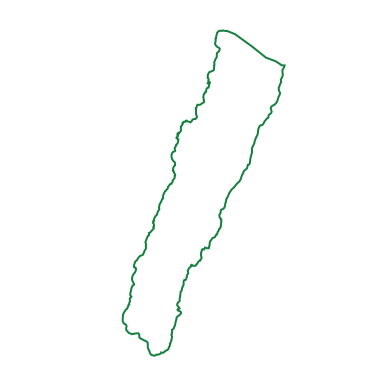 outline of North Maewo, Vanuatu, rotated 215°
{"feature_id": "77236927B797015037992", "entity_name": "North Maewo", "entity_type": "district", "adm_level": 2, "iso_a3": "VUT", "parent_name": "Vanuatu", "parent_adm1": "", "projection": "albers", "projection_center": [168.089, -15.01], "detail": "fine", "context": "isolated", "style": "outline", "palette": "green", "viewbox_px": 384, "rotation_deg": 215, "n_neighbors": 0, "source": "geoboundaries", "source_scale": "gbopen_adm2", "svg_char_len": 6051}
<svg xmlns="http://www.w3.org/2000/svg" viewBox="0 0 384 384"><g transform="rotate(215 192 192)"><path d="M255.8,344.0L256.4,343.4L259.5,341.9L260.2,340.9L261.6,340.2L262.3,339.1L262.6,338.3L262.7,336.8L261.1,332.6L260.4,331.7L260.7,331.1L259.5,329.7L258.2,326.8L257.6,326.2L256.6,325.8L255.1,325.4L252.3,325.5L251.5,325.3L251.1,324.6L250.7,323.6L250.6,322.6L251.2,320.2L250.5,318.7L249.2,317.0L248.9,313.9L248.1,310.8L247.0,309.7L246.6,309.0L246.5,308.1L245.8,307.7L245.4,306.5L244.2,304.7L244.1,304.1L244.4,303.4L245.0,302.6L245.7,301.2L246.4,300.6L246.5,300.2L246.5,298.4L246.0,296.5L244.8,295.0L244.7,294.5L243.7,294.3L242.6,293.4L242.6,292.7L242.1,292.2L240.1,292.0L239.9,291.4L240.4,291.1L241.5,290.8L241.6,290.1L241.3,290.0L240.7,290.3L239.8,290.1L239.0,288.8L238.3,287.1L239.1,286.3L239.3,284.9L238.9,283.8L238.1,282.6L237.9,281.9L238.5,281.2L238.3,280.4L238.5,280.0L238.1,279.2L238.2,278.4L237.0,275.9L235.2,274.4L233.8,272.9L233.7,272.3L234.3,271.3L235.3,268.3L235.8,267.7L237.6,266.6L237.6,266.3L237.4,265.3L236.8,263.9L237.0,263.1L236.9,262.6L235.8,261.6L233.3,258.0L231.1,256.6L230.9,256.3L230.9,254.4L231.1,253.7L232.5,252.6L233.1,251.5L232.9,249.5L233.3,248.1L234.2,248.0L236.2,247.3L237.7,247.2L237.9,246.8L237.7,245.7L238.8,245.1L239.1,244.5L239.2,243.8L238.8,242.9L239.2,242.6L238.5,241.5L238.4,240.9L238.7,239.5L237.7,237.7L236.7,236.8L236.2,235.7L236.1,234.4L236.5,233.3L236.3,232.9L236.8,232.8L236.8,232.4L237.1,232.2L236.7,231.8L236.6,231.3L236.6,231.0L237.0,230.8L236.7,230.4L236.1,230.7L235.8,230.5L235.6,229.9L235.9,229.6L235.6,228.6L236.0,228.0L236.0,227.6L235.7,227.4L234.9,227.3L234.5,227.6L233.9,227.0L233.2,227.1L232.2,225.2L232.1,224.6L231.6,223.4L232.1,221.7L231.5,220.3L231.5,218.4L230.5,217.0L229.6,216.4L229.4,215.8L229.7,215.0L230.6,214.0L230.6,212.5L230.2,210.9L228.7,208.8L227.4,207.6L226.0,207.1L225.5,206.7L223.7,206.6L222.9,206.3L221.9,205.3L221.2,204.0L221.5,203.0L221.1,200.8L220.7,200.1L220.6,199.5L219.9,199.0L219.8,198.4L218.8,198.5L218.0,197.5L217.3,197.4L215.7,196.5L215.2,195.7L215.5,195.3L214.4,193.7L214.2,193.1L214.4,190.3L213.7,189.3L213.8,188.0L213.6,186.8L214.3,186.3L214.5,185.2L214.4,184.4L214.6,182.4L214.1,181.4L213.9,180.1L214.3,179.2L214.1,178.5L214.5,176.7L214.1,174.3L213.7,172.8L212.9,171.0L212.2,170.4L212.0,170.0L212.4,169.0L211.6,165.8L211.5,163.5L210.1,160.2L208.9,159.2L208.7,156.4L207.7,152.9L208.1,151.5L207.8,148.6L206.4,146.2L206.4,145.8L206.9,145.7L206.1,144.2L205.1,144.0L203.5,142.4L203.8,141.6L203.5,141.0L202.5,140.6L202.3,140.1L202.6,139.2L203.0,134.9L203.8,133.7L202.6,132.3L202.5,131.5L202.9,130.7L202.6,128.7L201.5,124.5L201.0,123.8L199.5,122.8L198.6,120.8L197.6,119.9L197.2,118.9L197.2,116.4L196.6,115.1L196.6,114.2L196.2,112.4L197.9,109.7L198.2,107.5L198.0,104.2L198.4,103.4L198.5,102.1L197.4,98.4L196.1,97.1L195.9,97.1L195.5,97.6L194.4,97.5L193.3,96.3L192.7,94.0L192.6,92.6L192.8,91.6L192.7,90.6L192.5,88.8L192.2,88.2L191.3,86.5L190.6,85.6L188.4,84.2L187.2,83.7L186.6,83.3L186.3,82.5L187.0,81.1L186.5,78.7L184.1,73.0L183.0,71.8L181.8,71.7L181.5,71.3L181.5,70.6L181.9,69.6L181.8,68.9L180.2,67.1L179.7,64.9L178.8,63.8L179.3,63.0L178.5,61.4L178.7,60.7L178.2,59.1L178.8,57.6L178.5,53.5L177.9,51.5L175.1,46.9L173.0,45.4L172.4,45.2L170.6,45.5L169.2,45.1L168.7,44.6L167.7,42.5L166.6,41.2L163.3,40.4L162.6,40.4L159.5,41.2L156.7,44.2L155.0,45.4L153.6,45.1L151.8,42.8L150.7,42.4L143.2,43.5L142.4,43.4L142.0,43.2L140.9,41.9L139.4,39.8L138.6,39.0L136.9,37.8L135.1,36.9L134.5,36.3L132.4,35.2L129.2,36.1L128.3,37.1L127.8,38.5L126.6,39.1L125.3,41.1L125.0,41.8L125.0,42.4L125.2,42.9L124.2,43.2L123.6,43.5L123.3,44.2L122.4,47.2L121.6,48.2L121.3,50.0L121.9,51.9L122.0,53.5L122.3,54.2L123.0,54.9L122.9,55.6L123.4,56.7L123.6,58.6L124.2,59.2L124.8,61.1L125.5,62.3L126.5,62.8L127.2,63.6L127.1,64.3L127.4,65.1L128.6,66.4L129.3,67.7L128.7,69.3L129.5,73.2L131.0,76.4L131.7,78.7L132.4,79.5L132.6,81.2L131.6,84.1L131.4,86.1L131.6,86.8L132.0,87.2L133.5,87.4L135.9,86.9L136.3,87.3L136.3,88.0L135.6,89.1L135.5,89.6L139.1,90.7L139.8,91.6L140.1,93.1L139.6,95.4L139.8,96.0L140.8,97.3L142.4,100.7L143.4,102.4L144.1,103.9L143.9,105.2L145.1,107.9L145.6,110.9L146.5,112.4L147.3,113.5L147.9,115.0L147.7,115.6L146.8,116.3L146.8,116.7L147.5,119.6L148.1,120.2L148.4,121.4L148.5,123.2L148.8,123.7L150.2,124.9L150.4,125.4L150.7,128.9L150.2,130.0L150.1,130.7L150.7,131.3L150.8,131.8L150.6,132.2L148.3,132.3L147.3,133.3L147.0,133.9L146.7,134.0L147.0,135.3L146.5,136.2L146.9,138.6L145.9,140.6L146.4,141.3L146.1,142.4L146.4,143.5L146.6,143.9L147.8,144.7L148.7,145.8L149.9,147.9L150.3,149.5L150.8,150.3L150.4,151.4L149.3,151.7L149.1,152.2L149.5,154.0L146.9,154.8L146.0,155.6L146.3,156.2L146.4,156.8L146.8,157.1L147.0,158.5L148.2,160.2L148.9,162.2L148.7,163.2L148.9,165.6L148.8,166.0L147.4,168.1L147.7,170.9L147.2,171.4L147.2,171.7L148.0,173.8L148.1,176.1L148.6,177.5L148.2,178.6L148.2,179.2L148.6,179.7L148.7,180.4L151.4,185.3L152.4,185.6L152.5,186.5L154.9,187.1L155.4,187.8L156.2,188.5L156.6,189.4L156.4,190.6L157.9,193.6L157.9,194.2L156.8,196.0L156.5,197.6L157.1,199.8L158.3,202.0L158.5,203.3L159.9,206.0L159.7,206.4L160.0,207.5L160.0,209.0L160.8,211.7L160.9,213.5L160.8,214.1L161.0,215.1L160.9,217.0L160.1,220.9L160.1,223.8L159.3,227.7L159.3,229.5L160.9,235.3L160.9,237.2L161.4,238.0L161.4,239.7L160.5,242.8L161.8,246.3L161.0,247.3L161.0,248.2L162.0,250.5L163.1,252.4L164.3,255.1L165.4,258.5L166.5,260.3L167.6,261.5L168.1,262.5L168.9,267.7L170.1,270.3L170.4,272.0L170.8,273.6L171.2,276.6L172.1,278.5L173.2,280.4L174.0,282.4L174.3,283.7L174.4,284.9L174.2,285.8L173.1,286.8L172.7,287.8L172.8,290.1L173.1,291.7L172.8,294.6L172.2,297.0L172.9,298.0L173.2,298.9L173.2,299.8L172.4,302.2L173.0,303.7L175.4,305.6L176.0,306.6L175.6,308.8L174.6,310.5L174.0,313.5L174.6,316.4L175.6,319.4L176.3,323.0L176.6,323.6L179.3,325.2L180.6,326.9L180.9,327.7L180.8,328.2L181.3,329.3L181.5,330.1L182.1,333.5L183.2,334.3L183.7,335.1L184.2,338.8L184.8,340.0L187.6,343.3L187.9,344.1L188.2,347.5L188.8,348.8L191.0,347.3L198.4,347.1L208.4,344.5L225.9,345.6L247.3,346.0L255.8,344.0Z" fill="none" stroke="#15803d" stroke-width="2"/></g></svg>